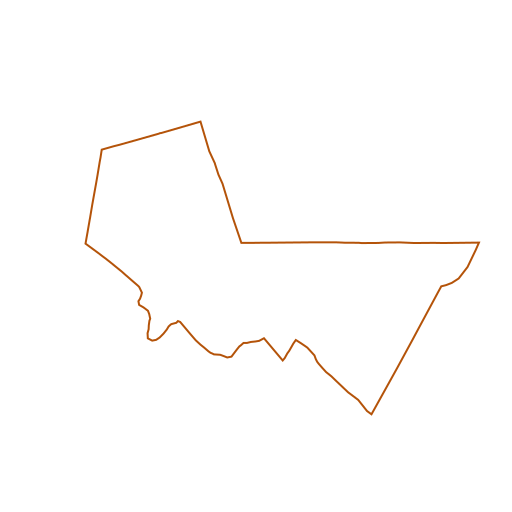 Reforma de Pineda, Oaxaca, Mexico (Robinson projection), rotated 301°
{"feature_id": "50627088B66441265662179", "entity_name": "Reforma de Pineda", "entity_type": "district", "adm_level": 2, "iso_a3": "MEX", "parent_name": "Mexico", "parent_adm1": "Oaxaca", "projection": "robinson", "projection_center": [-94.453, 16.395], "detail": "fine", "context": "isolated", "style": "outline", "palette": "amber", "viewbox_px": 512, "rotation_deg": 301, "n_neighbors": 0, "source": "geoboundaries", "source_scale": "gbopen_adm2", "svg_char_len": 1939}
<svg xmlns="http://www.w3.org/2000/svg" viewBox="0 0 512 512"><g transform="rotate(301 256 256)"><path d="M171.3,161.1L169.9,169.2L169.6,170.8L169.2,172.0L165.8,177.1L162.8,178.0L159.7,178.6L156.7,178.5L153.9,181.0L154.0,186.0L153.4,191.6L151.2,194.4L148.5,196.9L147.8,197.6L145.6,198.0L141.4,199.8L137.9,201.7L134.0,202.8L129.7,205.7L130.0,210.6L132.7,213.6L136.5,215.4L141.8,216.7L147.0,217.4L150.6,217.4L153.3,218.2L154.0,218.5L157.7,222.1L160.0,222.6L160.4,225.0L155.2,240.2L152.7,247.8L151.4,254.1L150.8,258.6L149.8,264.4L149.6,266.9L149.9,268.8L150.0,270.6L152.9,276.2L153.7,280.5L154.2,283.6L157.1,286.8L162.7,287.4L166.3,287.8L170.0,288.3L171.3,288.9L175.1,290.1L176.8,293.0L179.7,295.9L182.4,299.5L184.9,302.4L189.6,305.2L180.2,332.7L183.3,333.2L188.6,333.0L191.9,333.3L196.9,333.2L200.1,333.1L204.5,333.4L204.4,339.2L204.1,344.6L203.9,347.2L200.9,357.3L198.4,360.4L196.8,363.0L195.9,365.3L194.1,370.9L192.6,375.9L191.7,382.6L190.2,389.0L186.6,405.2L185.3,417.7L180.3,431.0L179.8,436.5L180.0,436.5L186.3,436.3L209.8,435.5L232.8,434.7L264.9,433.3L278.8,432.6L318.7,430.7L323.8,430.5L325.4,430.4L328.9,433.9L333.8,437.7L341.1,441.3L355.5,443.0L374.7,441.2L382.3,440.2L363.5,409.7L359.1,402.1L354.9,395.2L348.7,385.1L341.8,372.4L334.1,359.8L330.1,354.0L321.5,339.9L320.1,337.0L313.4,325.8L311.2,321.7L308.8,317.3L304.4,310.0L296.7,297.2L278.5,267.5L273.9,260.0L270.5,254.4L266.7,248.2L266.4,247.8L263.2,242.5L259.7,236.7L276.7,216.6L300.7,190.1L306.4,181.9L313.9,173.3L314.2,173.1L321.8,161.9L322.1,161.6L342.6,139.2L312.7,111.5L312.5,111.3L311.9,110.5L310.7,109.6L280.9,81.6L276.9,77.6L267.7,69.0L260.1,72.1L256.3,73.5L243.7,78.5L237.0,81.1L233.6,82.4L217.8,88.4L216.2,89.0L203.5,94.0L203.3,94.1L201.9,94.6L191.3,98.7L189.8,99.3L187.4,100.2L178.8,103.5L177.3,119.5L176.7,124.8L176.3,129.0L176.1,130.3L175.8,132.9L173.8,146.9L173.6,148.4L172.4,154.8L172.3,155.6L171.3,161.1Z" fill="none" stroke="#b45309" stroke-width="2"/></g></svg>